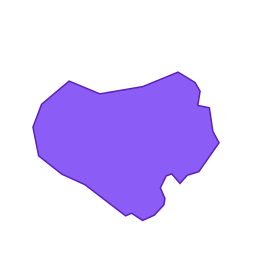 an SVG outline of Rotherham, rotated 308°
{"feature_id": "GBR-5686", "entity_name": "Rotherham", "entity_type": "Metropolitan Borough", "adm_level": 1, "iso_a3": "GBR", "parent_name": "United Kingdom", "parent_adm1": "", "projection": "orthographic", "projection_center": [-1.276, 53.384], "detail": "fine", "context": "isolated", "style": "filled", "palette": "violet", "viewbox_px": 256, "rotation_deg": 308, "n_neighbors": 0, "source": "natural_earth", "source_scale": "10m", "svg_char_len": 490}
<svg xmlns="http://www.w3.org/2000/svg" viewBox="0 0 256 256"><g transform="rotate(308 128 128)"><path d="M89.6,203.6L75.5,202.4L64.1,196.4L63.1,183.4L57.3,180.2L56.8,128.9L50.9,104.3L51.0,74.8L70.1,52.6L93.5,45.3L128.7,52.7L137.5,84.7L169.8,114.2L202.8,133.0L205.1,152.9L201.3,162.2L188.8,169.1L194.0,179.7L177.6,196.9L172.4,208.8L137.2,210.7L127.2,203.8L116.3,203.1L118.8,190.8L113.9,187.6L100.8,190.3L95.1,200.6L89.6,203.6Z" fill="#8b5cf6" stroke="#5b21b6" stroke-width="1.5"/></g></svg>